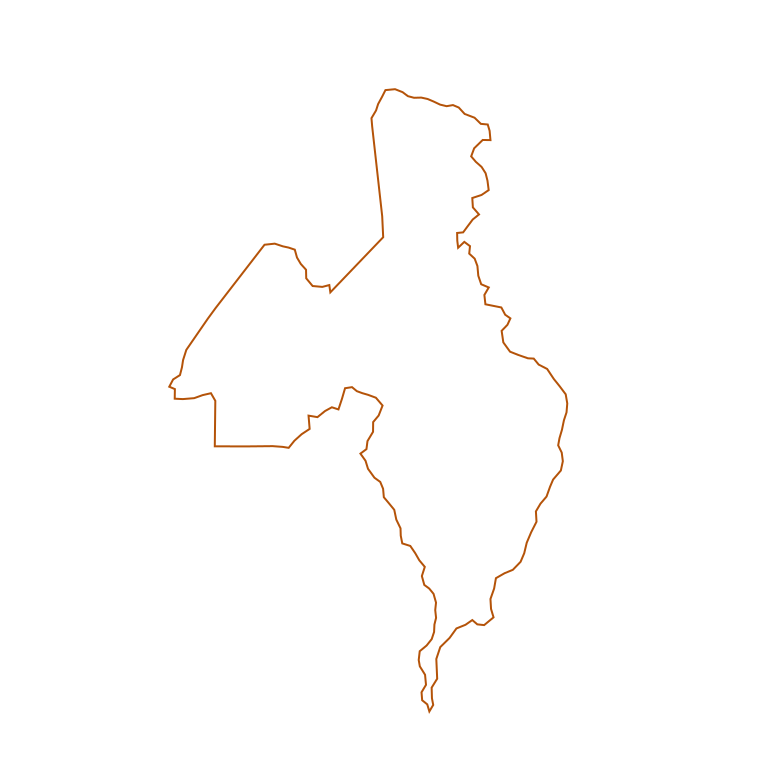 outline of São Martinho, Santa Catarina, Brazil, rotated 203°
{"feature_id": "56859067B20212770642910", "entity_name": "São Martinho", "entity_type": "district", "adm_level": 2, "iso_a3": "BRA", "parent_name": "Brazil", "parent_adm1": "Santa Catarina", "projection": "mercator", "projection_center": [-48.982, -28.115], "detail": "fine", "context": "isolated", "style": "outline", "palette": "amber", "viewbox_px": 768, "rotation_deg": 203, "n_neighbors": 0, "source": "geoboundaries", "source_scale": "gbopen_adm2", "svg_char_len": 2578}
<svg xmlns="http://www.w3.org/2000/svg" viewBox="0 0 768 768"><g transform="rotate(203 384 384)"><path d="M474.5,658.3L480.9,659.9L489.0,659.7L497.5,655.1L498.0,647.6L498.8,639.4L498.2,632.7L499.4,623.8L495.6,616.6L451.2,537.7L442.1,518.8L469.2,447.4L473.0,453.7L478.7,449.3L488.0,446.3L496.9,450.9L500.4,458.7L507.5,462.0L513.5,466.4L518.6,472.8L525.1,472.3L530.9,471.2L539.4,470.5L548.4,465.5L568.7,388.1L571.7,375.3L579.3,338.2L578.3,327.5L576.5,320.4L575.3,312.5L579.9,305.8L580.6,297.6L574.5,297.6L570.9,288.7L563.3,291.5L553.2,296.8L546.6,302.9L539.7,307.9L532.7,302.6L515.4,260.5L508.8,263.3L487.4,272.3L462.2,283.3L452.8,286.5L446.8,288.0L444.3,296.8L440.2,305.6L434.9,313.6L441.1,325.4L432.3,327.5L427.7,336.1L422.9,342.2L416.0,342.8L416.9,353.9L418.2,364.9L412.2,368.6L406.2,366.8L400.3,367.1L394.5,367.8L386.1,368.2L376.9,363.6L376.6,352.9L379.1,344.7L375.4,335.7L376.9,325.0L374.7,317.2L378.5,310.7L371.0,306.1L365.6,299.7L356.2,294.0L349.2,292.4L343.9,287.2L339.9,279.7L333.6,276.5L325.4,272.2L319.7,264.0L312.4,257.6L309.3,250.9L304.9,244.4L296.5,245.2L289.2,240.5L282.6,235.5L275.0,231.6L274.1,222.0L268.4,214.8L262.5,213.4L256.4,210.2L250.7,203.1L248.5,195.9L244.7,189.1L243.6,182.3L241.0,175.3L240.4,167.8L242.6,159.9L246.7,152.0L244.2,143.5L240.7,138.1L232.6,132.4L227.8,123.5L229.0,114.9L225.3,107.8L219.0,106.0L214.3,100.3L213.3,107.8L217.1,113.5L221.5,123.1L219.9,133.5L224.0,142.1L228.4,151.3L229.4,163.8L224.4,175.9L221.8,187.3L214.9,194.2L210.5,201.2L204.2,199.2L197.6,201.2L192.0,212.0L197.6,218.8L202.0,227.7L202.7,238.7L205.1,249.0L199.1,256.9L192.8,263.3L188.8,273.7L188.8,283.0L190.6,293.7L190.6,305.1L189.8,316.8L194.4,326.1L193.2,335.0L190.4,343.9L191.0,354.2L191.0,362.1L187.4,373.5L189.2,382.8L193.6,390.3L199.7,395.6L201.3,402.7L202.3,411.4L204.2,420.9L204.9,429.2L207.7,437.7L212.7,445.5L221.5,450.6L229.7,455.0L239.7,461.6L249.2,462.3L256.1,465.9L261.5,463.9L271.8,463.2L280.6,463.0L290.4,468.9L296.5,478.9L293.5,486.7L293.3,493.8L299.5,495.1L305.9,500.3L313.1,498.8L321.8,497.0L326.4,505.2L325.3,513.8L333.5,513.8L339.5,520.5L344.1,529.1L349.5,534.8L356.5,537.3L358.7,544.5L365.6,546.2L369.0,538.4L372.5,544.5L375.7,551.6L370.4,554.5L368.8,561.2L366.6,570.1L362.8,577.2L371.2,581.3L375.4,589.7L368.1,596.1L363.4,603.4L368.2,611.6L372.8,617.7L378.9,621.9L386.3,624.4L392.7,627.6L393.1,636.2L388.5,647.2L381.3,650.1L385.7,658.3L389.9,663.4L396.5,661.3L404.7,664.5L415.3,664.1L423.2,667.7L429.5,667.7L434.9,664.2L441.5,663.1L448.7,663.4L455.2,663.4L461.6,662.2L468.2,659.2L474.5,658.3Z" fill="none" stroke="#b45309" stroke-width="2"/></g></svg>